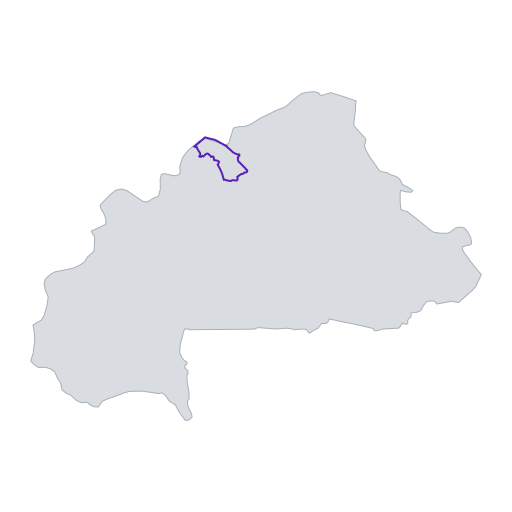 Loroum, Loroum, Burkina Faso shown in context
{"feature_id": "67063806B11896750408185", "entity_name": "Loroum", "entity_type": "district", "adm_level": 2, "iso_a3": "BFA", "parent_name": "Burkina Faso", "parent_adm1": "Loroum", "projection": "orthographic", "projection_center": [-2.146, 13.922], "detail": "fine", "context": "in_parent", "style": "outline", "palette": "violet", "viewbox_px": 512, "rotation_deg": 0, "n_neighbors": 0, "source": "geoboundaries", "source_scale": "gbopen_adm2", "svg_char_len": 6385}
<svg xmlns="http://www.w3.org/2000/svg" viewBox="0 0 512 512"><path d="M397.4,328.2L382.7,329.0L377.4,330.7L374.1,330.7L374.0,329.4L373.6,328.6L355.1,324.3L342.1,321.7L328.9,318.9L328.2,321.6L326.3,323.5L323.5,323.6L321.5,323.2L320.2,325.3L318.0,328.2L315.0,329.6L312.0,331.4L310.3,332.9L309.1,332.9L306.1,329.3L302.1,329.0L294.6,329.7L291.2,328.7L286.6,328.2L275.8,329.0L258.4,327.6L255.6,328.4L254.8,329.1L237.6,329.3L218.7,329.5L202.9,329.6L189.1,329.7L189.1,329.1L184.6,329.0L184.1,330.2L180.2,344.7L179.7,352.5L181.8,357.4L184.2,360.5L186.8,361.8L187.0,363.6L184.9,365.9L185.1,368.2L187.6,370.6L188.2,373.1L186.9,375.7L187.2,382.1L189.0,392.2L189.1,398.7L187.3,401.6L188.1,406.7L191.5,413.9L192.1,417.0L190.9,418.4L188.1,420.3L185.2,420.2L181.9,415.8L180.4,413.9L177.7,409.4L175.4,405.0L172.3,403.0L169.3,401.2L165.6,395.6L162.0,392.9L158.2,393.6L152.7,392.6L141.5,391.1L129.5,391.4L124.5,392.7L119.6,394.7L107.1,399.1L102.2,401.3L98.4,406.9L94.2,406.8L90.0,404.9L87.3,402.3L81.6,402.8L76.2,400.3L70.9,395.3L67.0,393.7L62.1,390.1L60.7,383.3L57.6,378.5L54.8,371.9L50.5,368.9L45.6,367.3L38.7,367.5L34.2,364.8L30.7,360.9L31.7,357.6L33.3,352.9L33.6,348.3L34.7,340.9L34.2,331.6L33.0,325.2L36.8,322.5L41.2,320.2L44.0,315.8L46.9,306.0L48.2,297.5L47.3,294.3L45.9,291.8L44.8,288.1L44.2,283.6L45.0,279.7L48.3,276.1L52.5,273.2L55.5,271.7L63.2,270.3L73.0,268.2L78.6,265.7L82.7,263.2L85.0,261.2L87.4,257.0L91.2,253.9L94.1,250.7L94.6,241.6L94.6,236.5L92.5,233.6L91.3,231.2L105.7,224.3L105.9,219.3L103.9,213.7L101.2,209.2L100.1,205.3L104.1,200.8L107.7,197.4L110.3,194.5L116.0,190.1L121.8,189.0L127.1,190.7L142.8,201.3L145.5,202.0L148.8,201.2L152.9,198.4L158.3,196.3L160.3,189.4L160.2,179.1L161.4,174.4L164.2,173.6L173.2,175.6L175.6,175.7L178.2,175.0L180.1,173.2L180.0,169.9L179.6,167.0L182.6,157.5L188.0,150.4L198.8,141.4L202.2,139.7L206.1,138.7L225.5,144.9L228.7,143.4L233.4,128.1L238.6,126.7L244.9,126.4L249.0,125.1L251.1,124.0L260.3,118.2L276.5,110.3L285.2,106.9L286.9,105.6L293.2,100.0L301.4,93.6L306.7,92.3L314.0,91.7L318.6,92.8L319.8,94.6L321.3,95.5L330.8,92.7L344.5,96.9L356.3,101.1L355.6,103.8L355.6,108.5L354.7,116.1L353.6,125.2L358.5,131.0L364.4,137.2L366.0,139.6L364.5,145.9L365.7,149.5L368.8,155.5L374.2,163.2L379.7,171.0L383.4,172.0L387.0,172.6L389.2,174.0L392.3,175.3L395.5,176.2L398.3,177.9L400.0,179.6L402.4,184.4L408.5,187.6L412.8,190.7L411.1,192.3L405.8,191.8L400.8,190.4L400.2,192.8L400.1,201.7L401.0,209.2L402.1,210.2L407.2,211.5L419.3,221.0L430.3,230.0L433.9,232.3L440.0,233.1L446.7,233.4L449.6,232.5L456.0,227.8L459.5,227.2L462.7,227.3L464.4,228.0L467.6,231.7L470.6,237.4L471.5,241.5L471.3,243.8L470.3,244.7L465.0,245.9L462.7,246.8L462.1,248.0L463.0,250.8L464.1,252.6L470.0,260.7L478.6,271.6L481.3,274.4L479.9,277.8L475.7,286.5L472.5,290.1L458.5,302.6L451.5,301.3L436.9,304.0L434.7,301.2L431.3,300.9L427.0,301.5L425.5,302.6L425.0,303.8L423.5,305.5L420.9,310.4L418.8,311.6L416.2,312.4L413.0,312.4L411.2,313.0L411.2,315.4L410.6,317.5L408.5,318.6L407.6,321.0L407.8,323.3L406.5,324.3L403.8,323.8L402.1,323.2L400.6,326.2L398.7,328.2L397.4,328.2Z" fill="#d9dde1" stroke="#a8b0b8" stroke-width="1"/><path d="M194.6,146.4L195.1,146.5L195.3,146.6L195.3,146.9L195.5,146.9L195.7,147.0L195.8,147.0L196.0,147.1L196.3,147.1L196.4,147.3L196.5,147.4L196.7,147.2L196.8,147.2L196.9,147.3L196.8,147.7L198.7,151.1L199.2,151.8L199.6,152.3L200.0,153.0L200.3,153.8L200.3,154.1L200.2,154.6L200.2,154.9L200.0,155.3L199.7,155.7L199.5,155.9L199.4,156.0L199.3,156.3L199.5,156.4L199.6,156.6L199.8,156.7L199.9,156.8L200.3,156.8L200.8,156.9L201.0,156.7L201.5,156.5L201.9,156.2L202.2,156.0L202.5,155.9L202.9,156.0L203.1,156.2L203.3,156.4L203.8,156.0L204.2,155.6L204.6,155.3L205.0,154.9L205.1,154.6L205.6,154.3L206.0,154.0L206.5,153.8L206.9,153.6L207.3,153.6L207.7,153.6L208.1,153.8L208.4,153.9L208.7,154.1L208.9,154.4L209.0,154.6L208.9,154.6L209.1,154.8L209.5,155.1L210.0,155.4L210.3,155.6L210.6,155.9L210.8,156.1L210.9,156.3L210.9,156.6L210.9,156.8L211.0,156.9L211.3,156.9L211.7,156.8L212.1,156.7L212.4,156.6L212.6,156.5L212.8,156.5L213.1,156.6L213.3,156.7L213.6,157.1L213.7,157.4L213.7,157.6L213.8,157.8L213.9,158.6L213.9,159.2L213.9,159.6L213.9,159.8L214.0,160.0L214.3,160.2L215.1,160.2L215.7,160.3L216.8,160.6L217.9,160.9L218.3,161.1L218.5,161.2L218.6,161.3L218.8,161.5L219.0,161.9L219.0,162.0L218.9,162.3L218.8,162.6L218.7,162.7L218.6,163.2L218.2,163.9L218.0,164.2L217.9,164.3L217.7,164.5L217.7,164.8L217.9,165.1L218.4,165.8L218.7,166.4L218.9,166.9L219.1,167.2L219.3,167.6L219.5,168.0L220.2,169.3L220.7,170.4L221.1,171.3L221.6,172.5L221.9,173.2L222.3,174.3L222.8,176.0L223.1,177.1L223.2,177.7L223.4,178.4L223.6,179.0L223.9,179.8L224.2,179.8L224.4,179.7L224.5,179.7L225.1,179.8L225.5,179.9L226.0,180.0L226.4,180.2L227.1,180.4L227.5,180.6L227.8,180.7L228.0,180.7L228.5,180.7L229.0,180.8L229.3,180.9L229.7,180.9L230.2,181.0L230.6,181.0L231.1,180.9L231.5,180.6L231.9,180.4L232.0,180.3L232.3,180.3L232.6,180.2L232.9,180.1L233.3,180.1L234.2,180.3L235.4,180.5L236.0,180.6L236.6,180.5L237.0,180.3L237.2,180.0L237.5,179.7L237.6,179.4L237.6,178.9L237.6,178.6L237.5,178.4L237.6,178.2L237.5,177.9L237.5,177.7L237.4,177.6L237.3,177.3L237.3,177.1L237.3,176.9L237.5,176.7L237.8,176.4L238.3,176.1L239.2,175.5L239.7,175.0L240.5,174.6L241.0,174.2L241.4,174.0L241.7,173.9L241.9,173.9L242.1,174.0L242.3,174.0L242.5,174.0L242.9,173.9L243.3,173.5L243.7,173.1L244.1,172.7L244.5,172.5L244.8,172.5L245.3,172.5L245.8,172.5L246.1,172.4L246.4,172.3L246.6,172.2L246.8,172.0L246.8,171.8L246.8,171.6L246.9,171.4L246.9,171.2L247.1,171.1L247.2,170.9L246.9,170.7L246.8,170.4L246.8,170.2L246.8,169.9L246.8,169.7L246.7,169.6L246.4,169.4L246.1,169.3L245.9,169.2L245.7,169.0L245.6,168.8L245.6,168.7L245.1,168.1L244.6,167.5L243.6,166.6L242.9,165.9L242.0,164.9L240.9,163.8L240.5,163.4L240.2,163.1L239.8,162.7L239.4,162.3L239.0,162.0L238.8,161.8L238.5,161.6L238.4,161.3L238.3,161.0L238.0,160.3L237.9,159.7L237.8,159.4L237.8,159.1L237.8,158.9L237.9,158.7L238.0,158.5L238.0,158.3L238.1,158.2L238.0,157.9L237.9,157.7L238.0,157.6L238.0,157.4L238.1,157.1L238.3,156.7L238.5,156.5L238.7,156.3L238.8,156.2L238.9,155.9L239.4,155.6L239.4,155.2L239.3,154.8L239.3,154.7L239.2,154.5L236.9,154.3L233.4,152.6L231.9,151.3L230.6,150.0L230.1,149.6L229.0,148.7L226.9,146.8L226.8,146.7L226.8,146.4L226.6,146.4L226.4,146.3L226.4,146.2L226.1,146.2L225.9,145.9L218.4,141.7L215.4,140.0L205.0,137.4L194.6,146.4Z" fill="none" stroke="#5b21b6" stroke-width="2"/></svg>